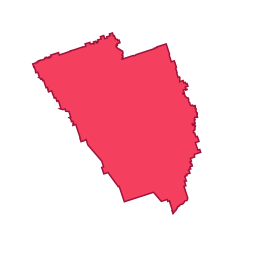 West Arthur, Western Australia, Australia (Albers equal-area conic projection), rotated 252°
{"feature_id": "25037944B89790845522775", "entity_name": "West Arthur", "entity_type": "district", "adm_level": 2, "iso_a3": "AUS", "parent_name": "Australia", "parent_adm1": "Western Australia", "projection": "albers", "projection_center": [116.778, -33.44], "detail": "fine", "context": "isolated", "style": "filled", "palette": "rose", "viewbox_px": 256, "rotation_deg": 252, "n_neighbors": 0, "source": "geoboundaries", "source_scale": "gbopen_adm2", "svg_char_len": 5617}
<svg xmlns="http://www.w3.org/2000/svg" viewBox="0 0 256 256"><g transform="rotate(252 128 128)"><path d="M137.8,194.6L138.4,193.8L138.4,193.4L138.5,193.3L139.4,192.9L140.1,192.2L143.2,192.2L143.2,190.9L144.1,190.8L144.1,192.4L147.0,192.4L147.0,194.6L146.2,194.6L146.2,196.1L146.7,196.1L146.7,195.1L149.2,195.1L149.2,197.9L150.1,197.9L150.5,198.0L151.2,197.9L152.0,197.9L152.0,196.7L153.7,196.6L153.7,195.1L156.1,195.1L156.1,191.4L158.2,192.3L159.3,192.5L159.5,192.8L160.6,192.8L160.6,191.3L162.6,191.3L165.5,191.3L165.6,191.8L170.1,191.8L170.7,192.8L177.6,192.8L177.6,189.7L184.2,189.7L185.3,190.3L196.2,190.3L196.2,180.5L195.7,180.5L195.7,177.5L195.3,177.5L195.3,158.3L194.9,157.7L194.8,156.3L195.3,155.5L195.3,143.7L195.6,143.9L195.5,144.1L195.5,144.5L196.0,144.7L196.2,145.0L196.5,144.9L196.8,144.3L197.0,144.5L197.4,145.1L197.9,145.5L198.0,145.3L198.7,145.1L198.9,144.8L199.2,144.8L199.3,145.0L199.6,145.3L199.8,145.9L200.0,146.1L200.9,146.2L201.1,146.5L201.9,146.5L202.5,146.6L202.8,146.6L202.9,146.3L203.3,146.1L203.6,145.5L204.0,145.5L204.5,145.1L204.5,144.8L204.9,144.7L205.1,144.4L205.4,144.4L205.6,144.3L205.6,144.1L205.4,143.9L205.6,143.6L206.3,143.2L206.6,143.2L206.9,143.1L207.0,142.9L207.6,142.5L207.8,142.2L208.1,142.2L208.3,142.1L208.5,142.1L208.8,141.8L209.2,141.8L209.3,141.9L209.2,142.1L209.7,142.2L209.5,142.5L209.8,142.9L209.8,143.2L210.0,143.2L210.2,142.9L210.4,142.9L210.3,143.1L210.4,143.6L210.9,143.5L211.5,143.7L211.6,146.7L214.3,146.7L214.3,145.4L215.0,145.4L215.6,145.3L215.9,144.5L215.9,144.0L216.2,144.0L216.8,143.6L217.2,143.6L217.5,143.4L218.0,143.7L220.0,143.4L220.0,142.6L223.2,142.6L223.2,139.4L221.3,139.4L221.3,135.9L220.0,135.9L220.1,133.5L223.4,133.5L223.4,130.0L221.0,130.0L221.0,129.0L221.2,126.5L219.7,126.5L219.7,125.5L218.5,125.5L218.5,124.3L220.5,124.3L220.5,121.8L218.5,121.8L218.5,121.4L219.0,121.2L219.3,120.9L219.3,118.2L221.2,118.2L221.3,113.2L218.8,113.2L218.8,109.7L219.1,109.7L219.0,100.8L219.2,97.0L218.8,97.0L218.8,93.2L218.7,93.1L218.7,87.7L218.7,85.2L221.2,85.2L221.2,77.3L221.2,76.9L220.5,77.1L219.9,77.0L219.6,76.6L219.3,76.5L219.2,76.4L219.0,76.1L219.1,75.9L219.3,75.9L219.4,75.5L219.9,75.2L220.1,75.1L220.0,74.7L219.5,74.6L219.3,74.4L219.0,73.9L219.2,73.6L219.6,73.5L219.9,73.6L220.0,73.0L219.8,72.8L219.8,72.5L220.0,72.2L220.5,72.1L220.4,71.8L220.0,71.5L220.5,71.0L220.0,70.7L219.7,70.4L219.9,70.1L219.6,69.7L219.3,69.4L219.3,65.9L219.6,65.9L219.6,63.4L218.9,63.4L218.9,61.4L218.4,61.4L218.4,57.2L214.8,57.2L214.8,57.8L212.7,57.7L211.7,57.9L210.3,57.4L209.0,57.4L209.0,59.4L203.7,59.4L203.7,58.8L202.2,60.0L201.3,60.1L201.4,61.4L200.7,61.4L200.7,61.5L199.4,61.5L199.4,62.5L191.5,62.5L191.5,63.9L189.3,63.9L189.3,63.6L186.9,63.6L186.9,66.9L183.0,66.9L183.0,67.1L179.2,67.1L179.2,68.6L175.3,68.6L175.3,70.3L170.9,70.3L170.9,70.2L167.4,70.2L167.4,69.1L165.6,71.7L165.6,73.9L163.2,73.9L162.0,76.9L156.1,76.9L156.1,75.2L155.1,76.0L155.1,76.3L151.5,76.2L151.5,77.6L149.0,77.6L149.3,77.1L147.5,76.4L147.5,79.4L133.2,79.5L133.2,79.1L129.5,79.1L129.5,82.8L130.0,84.6L124.3,84.6L104.7,92.8L98.6,92.8L98.6,90.8L91.8,90.8L91.8,95.2L75.2,100.6L75.2,101.6L59.0,101.7L59.0,132.4L47.9,137.0L47.9,143.1L45.9,143.1L45.9,145.0L44.4,145.0L44.5,144.8L35.9,144.8L35.9,144.3L32.6,144.3L32.7,144.7L33.4,145.1L33.5,145.4L33.7,145.9L33.8,146.2L34.0,146.7L34.7,147.2L35.0,147.6L35.0,148.2L35.3,148.8L35.9,149.0L36.7,150.2L36.9,150.3L37.2,150.3L37.3,150.8L37.5,151.1L38.1,151.5L37.8,152.1L37.8,152.3L38.8,153.7L38.9,154.7L39.2,155.3L39.1,155.5L38.8,155.7L38.7,155.9L39.0,156.6L39.1,157.1L39.4,157.4L39.6,157.9L40.0,158.3L40.3,158.8L40.8,159.1L41.0,159.4L41.0,160.8L40.8,161.4L41.0,161.9L41.4,162.3L42.1,162.8L42.6,162.9L43.1,163.2L55.2,163.2L55.2,165.2L60.1,165.2L59.5,167.1L64.5,167.0L64.5,169.3L65.8,169.2L65.9,173.0L66.7,172.9L68.1,173.0L68.8,172.5L69.8,172.2L69.7,172.3L69.7,175.0L72.0,175.0L72.0,177.5L74.7,177.5L74.7,176.5L76.7,176.5L76.7,178.0L79.8,178.0L79.8,182.4L80.4,182.4L80.8,182.6L81.4,182.7L82.4,183.0L82.4,189.6L85.4,189.6L85.4,187.6L93.3,187.6L93.3,191.4L98.6,191.3L98.6,189.9L102.7,189.8L102.7,189.6L102.9,189.1L103.9,188.9L104.4,189.0L104.7,189.2L104.8,189.3L104.7,189.3L104.9,189.6L105.3,190.3L105.5,190.6L105.4,190.8L105.6,191.0L106.6,191.5L107.0,191.4L107.3,191.4L108.0,191.9L108.7,192.2L109.0,192.6L108.9,192.7L109.1,192.8L109.3,192.7L109.5,192.5L109.8,191.8L110.3,191.2L110.7,190.3L111.2,190.1L111.8,190.2L112.3,190.4L112.3,190.7L111.9,191.4L111.3,192.1L111.2,192.5L110.9,192.7L111.0,192.6L110.9,192.5L110.9,192.8L111.2,193.0L112.0,193.2L112.2,193.4L112.4,193.2L112.7,193.3L113.5,193.2L113.3,193.3L113.5,193.3L114.5,193.2L114.6,193.4L114.8,194.0L115.1,194.4L115.3,194.4L115.6,194.2L115.7,194.3L115.9,194.3L116.2,194.1L116.3,194.3L116.6,194.3L116.6,194.2L117.1,194.4L117.4,194.9L117.3,195.4L117.3,195.7L117.2,196.2L116.8,196.9L116.7,197.0L116.7,197.4L117.0,197.5L117.3,197.4L117.6,197.5L117.9,197.5L118.0,197.3L118.6,197.3L118.8,197.4L118.9,197.7L119.4,198.0L120.2,198.2L120.4,198.3L120.2,198.3L120.3,198.4L120.7,198.6L121.1,198.4L121.4,198.1L121.4,197.9L121.8,197.7L121.6,197.8L122.4,198.0L122.7,197.8L123.0,197.8L124.7,198.5L125.3,198.7L125.4,198.3L125.7,198.1L126.0,198.2L126.4,198.0L127.0,198.4L127.3,198.5L127.8,198.5L127.9,198.8L128.6,198.8L128.7,198.4L128.4,197.7L128.5,197.5L128.7,197.0L129.7,196.6L129.7,196.1L129.8,196.0L129.6,195.8L129.5,195.6L129.7,195.2L129.9,194.9L130.1,194.9L130.0,195.0L130.3,194.9L130.2,194.9L130.7,194.3L131.5,194.3L132.5,194.6L133.3,194.3L133.5,194.0L134.3,193.9L134.8,193.9L135.2,194.1L135.3,194.1L135.7,194.2L135.9,194.4L136.7,194.4L137.5,194.7L137.8,194.6Z" fill="#f43f5e" stroke="#9f1239" stroke-width="1.5"/></g></svg>